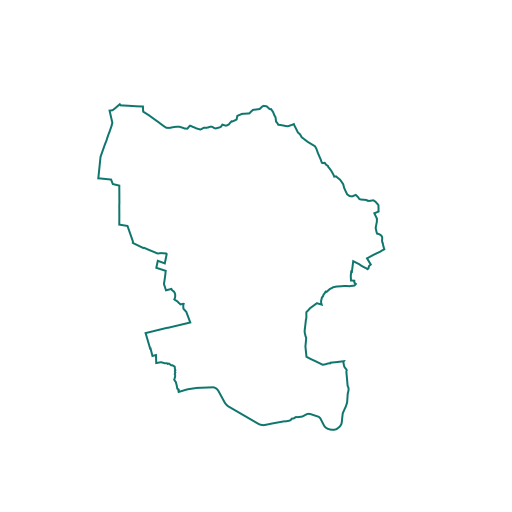 Salonta, Bihor, Romania (Natural Earth projection), rotated 69°
{"feature_id": "2599482B98567078835058", "entity_name": "Salonta", "entity_type": "district", "adm_level": 2, "iso_a3": "ROU", "parent_name": "Romania", "parent_adm1": "Bihor", "projection": "natural_earth1", "projection_center": [21.618, 46.803], "detail": "fine", "context": "isolated", "style": "outline", "palette": "teal", "viewbox_px": 512, "rotation_deg": 69, "n_neighbors": 0, "source": "geoboundaries", "source_scale": "gbopen_adm2", "svg_char_len": 6091}
<svg xmlns="http://www.w3.org/2000/svg" viewBox="0 0 512 512"><g transform="rotate(69 256 256)"><path d="M355.2,376.9L355.9,367.8L357.9,358.7L363.1,343.4L363.3,342.8L364.2,341.7L365.2,340.8L366.2,340.2L367.2,339.8L368.2,339.5L381.8,337.7L382.9,337.4L385.2,336.5L386.4,335.8L388.0,334.5L395.2,328.7L413.7,313.8L414.8,312.7L415.4,311.8L416.1,310.7L416.7,309.3L417.1,307.3L418.3,300.2L420.4,289.1L421.0,287.6L421.3,286.2L421.7,283.9L421.7,283.4L421.6,282.8L421.5,282.2L420.7,281.0L420.7,280.6L421.1,279.3L421.1,278.7L421.1,278.3L420.7,277.2L420.6,276.8L420.8,276.2L421.3,275.0L421.7,273.7L422.4,270.7L422.4,269.9L422.4,269.2L422.0,266.5L421.9,264.9L422.0,264.2L422.2,263.4L423.1,261.8L428.6,255.1L429.7,254.5L430.7,254.1L438.3,253.3L439.9,253.0L440.9,252.5L441.9,251.9L443.2,250.8L443.9,249.8L444.7,248.8L445.5,247.1L446.1,245.8L446.4,244.1L446.5,243.0L446.3,242.2L445.4,239.2L445.0,238.5L443.7,236.7L442.7,236.0L441.8,235.4L436.8,232.9L434.0,231.4L432.8,230.3L431.7,229.1L430.8,228.3L428.8,226.2L426.0,223.9L424.3,222.9L417.6,219.8L416.6,219.2L415.7,218.5L414.0,217.5L412.2,216.9L410.4,217.0L409.7,216.9L401.7,214.6L397.3,213.4L396.2,213.0L395.3,212.3L394.7,212.2L393.9,212.4L392.1,213.0L391.1,213.2L390.4,213.2L386.8,212.6L386.0,212.1L385.7,211.7L385.0,214.5L383.8,219.3L382.3,224.6L382.8,225.0L382.3,226.5L382.0,228.3L382.1,229.0L381.8,230.9L381.5,232.6L375.3,238.4L371.6,242.0L368.2,245.0L358.2,242.3L354.0,240.2L350.7,238.6L350.0,238.4L349.2,238.5L348.7,238.5L345.2,238.0L344.0,237.7L341.6,236.6L341.2,236.3L336.2,233.7L334.5,232.8L333.3,232.2L332.9,231.8L331.8,231.2L331.2,230.9L327.7,229.6L326.7,229.2L326.3,228.8L325.5,226.9L324.1,224.2L321.9,216.1L324.9,212.1L323.3,212.0L321.4,211.4L320.5,210.8L320.0,210.5L319.5,210.0L318.5,209.5L318.2,209.2L318.0,208.5L317.8,208.1L316.2,206.7L315.4,205.3L314.2,203.7L314.5,203.3L314.8,203.0L313.3,199.0L313.0,196.0L312.8,195.5L312.9,194.8L313.3,192.0L314.9,186.9L315.7,184.1L316.9,181.2L317.7,179.8L317.9,178.5L318.9,174.7L317.9,172.8L316.2,173.7L314.3,173.1L312.9,176.1L308.4,174.6L304.7,172.7L305.2,172.2L295.7,167.1L300.2,163.0L300.9,162.4L302.2,161.6L303.0,161.0L305.5,158.9L306.5,157.9L307.7,156.9L308.2,156.7L308.0,155.6L305.9,154.1L305.7,153.6L305.1,151.9L298.0,153.2L297.0,145.7L296.7,142.0L296.6,140.4L296.5,138.9L296.2,137.2L296.0,136.3L295.7,134.0L295.7,133.8L292.8,133.6L289.4,133.1L289.2,133.0L288.9,133.2L288.6,133.2L286.7,132.8L285.0,131.9L283.4,131.5L282.2,131.6L281.7,131.8L280.2,132.8L279.2,133.8L278.6,134.9L277.9,134.9L277.0,134.9L273.1,134.3L272.6,134.2L267.0,130.7L265.7,130.3L264.9,129.7L258.5,130.2L258.5,127.5L258.4,125.6L257.3,125.3L255.4,124.5L254.3,124.2L252.6,123.5L252.3,123.5L251.4,123.8L250.6,124.1L248.9,124.7L247.7,125.3L246.6,126.1L246.1,126.5L245.9,127.0L245.5,129.2L245.1,130.7L244.4,132.1L244.0,132.1L243.0,133.4L241.1,137.3L240.4,138.5L239.9,139.0L239.1,139.3L237.7,139.6L237.3,139.8L234.7,141.0L234.8,144.8L234.5,145.6L233.4,147.3L231.1,148.8L229.9,148.9L227.6,149.1L223.9,149.3L221.5,149.0L220.0,148.9L215.1,150.1L210.3,152.8L210.0,154.5L207.4,154.6L203.1,155.3L200.5,156.0L198.9,156.6L197.9,156.5L195.6,158.0L194.0,158.3L193.6,158.5L193.5,159.4L193.2,160.4L192.8,160.9L192.4,161.1L188.9,161.0L182.4,161.3L177.8,161.2L174.7,161.6L168.0,166.8L161.5,170.8L158.1,171.3L155.8,172.6L151.4,173.0L148.0,173.4L146.4,173.4L146.5,175.5L146.3,179.7L145.5,181.4L143.6,184.3L141.4,188.2L140.5,188.3L139.4,188.5L137.7,189.1L134.9,188.4L134.2,188.2L132.6,188.1L131.3,188.5L130.4,188.4L128.8,188.5L128.0,188.4L124.3,189.3L124.2,189.6L124.1,190.1L123.6,190.7L122.5,191.2L120.1,192.4L118.6,195.0L118.7,196.6L120.1,200.0L118.5,206.5L119.7,209.5L120.5,211.1L119.8,213.3L119.2,215.3L118.3,218.1L118.5,223.2L121.6,225.2L121.9,228.0L121.9,230.2L121.5,230.6L122.0,231.7L122.7,233.0L123.4,234.1L123.7,236.5L123.4,237.6L122.5,238.8L121.3,240.3L122.1,241.4L122.8,242.5L122.9,243.7L122.5,247.6L122.3,248.2L122.1,248.6L121.4,249.3L119.9,250.4L119.2,251.5L118.9,252.4L118.8,254.2L118.9,254.8L118.7,255.2L118.5,256.6L118.1,257.3L118.0,257.8L117.6,258.5L117.7,259.9L118.0,261.6L118.0,262.5L117.9,262.8L117.0,263.9L116.2,265.0L115.3,266.2L113.7,267.6L113.3,268.2L112.5,269.1L111.8,269.6L110.7,270.9L110.9,271.5L111.4,272.5L112.3,274.0L112.5,274.4L112.4,274.8L112.1,275.5L111.6,276.3L111.4,277.0L110.3,278.1L107.8,281.3L107.0,283.5L106.5,285.1L105.7,288.9L105.6,290.3L105.2,291.4L104.2,293.7L102.1,295.3L98.2,297.8L95.9,299.2L94.0,300.5L88.0,304.4L86.3,305.5L80.8,309.6L75.9,308.0L74.6,311.1L73.6,313.5L72.4,316.1L70.0,321.3L66.8,328.5L65.5,328.8L67.5,334.3L68.0,335.9L68.4,337.3L68.5,337.8L67.8,340.6L80.3,342.4L81.6,343.5L82.0,343.6L88.0,348.6L88.3,349.0L92.3,352.4L94.5,354.1L97.6,357.0L104.4,362.8L107.7,365.6L127.0,375.4L127.7,373.8L132.7,363.9L137.5,363.9L141.3,358.4L158.5,364.9L158.7,365.1L169.8,369.3L177.7,372.4L181.9,365.2L198.0,365.7L198.8,365.9L199.6,366.3L199.9,366.1L206.2,360.2L208.1,358.4L208.2,358.0L208.2,357.6L212.3,353.4L216.8,348.6L217.4,348.1L218.3,347.0L218.5,346.6L219.2,343.8L219.5,343.0L220.1,341.9L221.4,339.0L222.2,338.7L230.2,343.8L225.3,349.4L231.3,353.3L237.5,345.6L242.5,348.2L247.5,351.0L248.4,351.6L249.4,352.0L255.8,352.3L256.4,346.8L257.3,346.8L258.4,346.3L258.8,346.0L260.0,345.3L261.6,345.1L262.7,345.2L264.0,345.6L265.1,346.1L265.9,346.6L267.3,347.8L270.5,345.5L272.1,344.9L273.4,344.1L274.1,343.9L274.2,343.2L274.6,340.9L274.8,340.7L275.5,341.4L276.1,341.6L277.6,342.2L279.2,342.6L279.4,342.6L283.2,341.1L294.5,341.2L291.5,363.8L291.3,364.3L290.9,366.9L288.4,386.7L304.6,388.0L304.6,387.6L312.2,388.5L312.6,384.9L320.2,387.5L320.8,384.3L321.1,382.8L322.6,380.7L323.4,379.7L324.2,377.6L325.1,377.1L325.1,376.9L325.2,375.9L325.4,375.7L326.7,374.9L327.7,374.3L327.9,373.5L328.1,373.2L329.8,371.8L330.1,371.6L330.5,371.6L332.4,372.2L333.8,372.2L334.0,372.4L334.3,372.9L334.4,373.0L335.1,373.2L336.0,373.1L336.2,373.3L337.1,374.2L338.0,374.1L339.1,374.5L340.7,375.5L341.4,376.1L342.0,376.6L342.9,376.6L345.1,376.0L346.1,376.2L347.7,376.3L351.7,377.0L352.4,376.4L352.8,376.3L353.0,376.1L353.5,376.2L353.6,376.5L353.8,376.7L354.4,376.8L355.2,376.9Z" fill="none" stroke="#0f766e" stroke-width="2"/></g></svg>